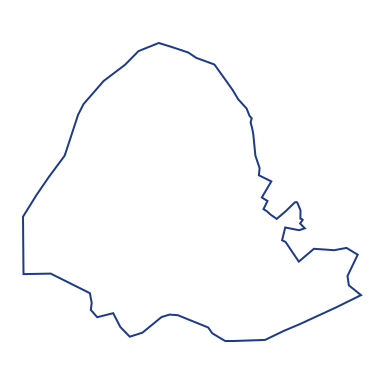 outline of Offa, Kwara, Nigeria
{"feature_id": "59680162B40988548898234", "entity_name": "Offa", "entity_type": "district", "adm_level": 2, "iso_a3": "NGA", "parent_name": "Nigeria", "parent_adm1": "Kwara", "projection": "mercator", "projection_center": [4.712, 8.17], "detail": "fine", "context": "isolated", "style": "outline", "palette": "blue", "viewbox_px": 384, "rotation_deg": 0, "n_neighbors": 0, "source": "geoboundaries", "source_scale": "gbopen_adm2", "svg_char_len": 1060}
<svg xmlns="http://www.w3.org/2000/svg" viewBox="0 0 384 384"><path d="M23.0,216.7L23.5,274.1L50.7,273.6L89.9,293.2L91.7,302.9L90.8,309.9L97.2,317.2L113.2,313.2L120.3,327.0L129.8,336.7L142.4,332.7L161.6,317.0L169.5,314.6L177.8,315.2L189.2,319.8L208.2,327.5L212.3,333.3L225.1,341.0L233.2,341.0L265.1,339.9L284.0,330.8L299.4,324.3L336.1,307.4L361.0,295.1L348.9,285.4L347.5,276.0L357.7,254.7L346.5,247.9L334.2,250.2L313.9,248.8L298.8,261.6L285.5,241.9L282.1,240.3L285.2,227.5L299.1,230.2L304.8,228.3L300.1,223.5L302.7,219.9L301.7,219.0L300.4,218.7L300.5,210.3L297.3,202.6L296.5,202.1L294.8,202.4L285.5,211.4L276.7,218.9L270.3,214.4L267.1,211.4L263.5,209.1L267.5,201.0L261.8,197.5L271.3,181.4L258.9,175.3L259.6,168.1L255.4,155.7L253.3,134.4L252.2,128.5L250.6,122.3L251.7,118.4L249.4,115.6L246.6,108.5L238.2,99.3L232.7,90.1L226.6,81.5L214.4,64.5L196.3,57.9L188.2,52.5L172.1,47.1L158.7,43.0L138.5,51.1L125.1,64.7L103.6,81.0L97.2,88.4L83.5,104.1L78.0,115.0L75.9,121.5L64.7,155.6L48.6,177.3L36.5,195.0L23.0,216.7Z" fill="none" stroke="#1e3a8a" stroke-width="2"/></svg>